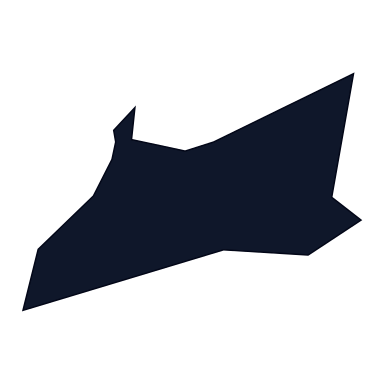 Ruše, Equal Earth projection
{"feature_id": "SVN-219", "entity_name": "Ruše", "entity_type": "Municipality", "adm_level": 1, "iso_a3": "SVN", "parent_name": "Slovenia", "parent_adm1": "", "projection": "equal_earth", "projection_center": [15.487, 46.52], "detail": "fine", "context": "isolated", "style": "filled", "palette": "ink", "viewbox_px": 384, "rotation_deg": 0, "n_neighbors": 0, "source": "natural_earth", "source_scale": "10m", "svg_char_len": 320}
<svg xmlns="http://www.w3.org/2000/svg" viewBox="0 0 384 384"><path d="M361.0,220.1L308.1,255.0L223.5,249.8L23.0,310.3L38.2,249.3L93.4,196.0L112.0,159.4L115.7,142.0L113.7,130.3L134.9,107.6L131.5,139.6L185.1,151.1L213.7,142.0L353.5,73.7L331.7,197.3L361.0,220.1Z" fill="#0f172a" stroke="#020617" stroke-width="1.5"/></svg>